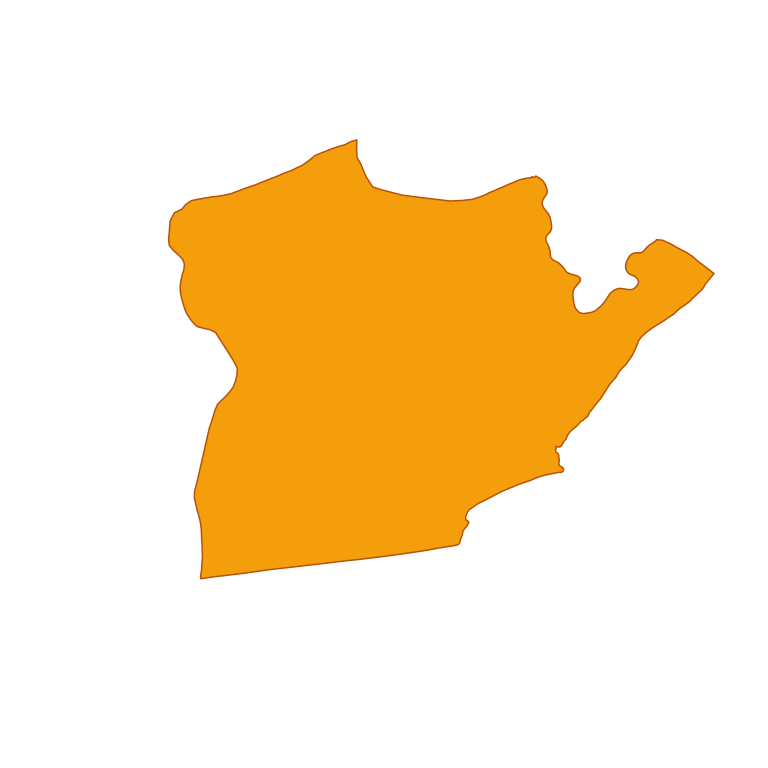 Panare, Pattani, Thailand (orthographic projection), rotated 113°
{"feature_id": "78962969B4451238967182", "entity_name": "Panare", "entity_type": "district", "adm_level": 2, "iso_a3": "THA", "parent_name": "Thailand", "parent_adm1": "Pattani", "projection": "orthographic", "projection_center": [101.496, 6.808], "detail": "fine", "context": "isolated", "style": "filled", "palette": "amber", "viewbox_px": 768, "rotation_deg": 113, "n_neighbors": 0, "source": "geoboundaries", "source_scale": "gbopen_adm2", "svg_char_len": 6087}
<svg xmlns="http://www.w3.org/2000/svg" viewBox="0 0 768 768"><g transform="rotate(113 384 384)"><path d="M308.2,643.8L317.4,644.6L329.4,640.6L334.5,639.0L340.1,636.0L343.4,630.2L345.2,624.4L347.8,618.3L351.5,614.6L354.2,613.8L356.9,612.9L362.9,612.4L368.5,611.2L373.8,609.8L379.6,607.0L384.7,603.4L390.3,598.9L394.7,594.9L398.1,590.6L401.6,584.8L404.1,578.7L403.3,572.2L402.1,566.1L402.3,559.3L418.4,535.9L421.8,531.2L426.7,525.3L432.5,523.1L438.4,521.9L445.6,521.6L451.2,522.9L456.9,524.8L462.3,527.1L467.6,529.3L473.2,529.3L478.6,528.9L485.9,528.0L493.0,527.5L500.6,526.2L512.6,524.0L519.6,522.8L525.3,521.7L531.9,520.6L538.7,519.3L545.7,518.1L550.9,517.3L557.3,516.3L563.2,513.9L568.5,510.1L572.9,507.0L576.8,503.6L582.6,499.3L589.1,495.4L595.6,492.4L602.3,489.1L607.7,486.5L613.7,483.8L619.0,481.9L624.8,479.8L631.4,478.0L634.8,476.8L634.1,475.4L630.9,470.1L626.8,463.3L622.4,455.4L619.2,449.9L614.9,442.3L605.7,426.8L600.3,417.9L596.2,410.9L593.3,405.6L583.5,388.3L576.6,376.2L572.7,369.2L565.3,356.4L560.5,348.0L556.1,339.9L549.5,328.5L545.7,321.8L539.8,311.8L534.3,302.5L524.2,285.9L519.4,278.2L513.2,268.9L506.9,258.7L503.8,254.0L502.4,252.8L500.6,252.2L499.1,252.4L498.1,252.8L497.0,252.9L495.2,252.8L492.9,252.9L491.4,253.2L488.6,253.8L486.8,253.5L485.0,253.1L482.6,252.3L480.2,251.9L478.2,251.9L477.7,252.4L477.3,253.4L477.3,254.0L476.9,255.3L475.7,256.6L474.5,256.8L469.1,257.2L467.3,256.5L466.4,256.4L457.3,250.7L449.5,243.9L444.3,239.7L439.3,235.6L435.5,232.3L424.1,221.1L414.4,210.4L409.7,205.9L404.8,200.1L400.1,193.0L399.8,192.6L397.2,188.9L396.1,186.5L395.1,185.5L394.4,185.2L392.9,185.1L392.1,185.5L391.5,186.1L391.2,187.2L390.8,187.6L390.8,188.4L390.7,189.3L390.5,190.5L390.2,190.9L389.7,191.5L388.2,192.3L387.7,192.4L387.0,192.4L386.5,192.5L385.8,192.7L385.5,193.0L385.1,193.4L384.8,193.6L384.3,193.7L383.9,193.8L383.5,194.2L383.2,194.7L382.9,194.8L382.3,194.8L381.9,194.9L381.3,195.3L380.6,196.1L380.3,196.6L380.1,197.0L379.8,197.3L379.7,197.8L379.7,198.4L379.6,199.1L379.3,199.4L378.8,199.6L378.4,199.9L377.9,200.2L377.3,200.3L376.0,200.4L375.7,200.7L375.7,200.9L374.1,201.1L374.1,200.9L374.0,200.0L373.9,198.8L373.4,197.7L372.4,196.9L370.9,196.4L369.9,196.2L368.2,196.2L365.6,195.6L364.3,195.2L363.2,194.9L362.2,195.0L359.9,195.0L357.7,194.7L355.9,194.2L353.3,193.3L347.0,190.0L344.2,189.0L341.6,188.3L339.9,186.7L336.8,185.5L334.3,183.9L329.9,183.7L326.3,182.7L322.0,181.6L318.2,180.6L313.7,179.1L308.8,178.2L303.7,177.4L295.7,176.0L295.4,175.9L287.0,173.1L283.8,172.8L281.0,172.4L276.1,170.9L271.1,168.8L266.1,167.8L260.9,166.7L255.2,166.4L248.7,166.3L244.8,166.6L240.4,165.6L233.2,162.3L227.2,158.7L221.6,154.8L216.3,151.0L211.8,148.3L206.9,144.8L203.5,143.4L202.2,142.7L199.9,141.8L195.1,138.8L190.7,136.1L187.7,134.5L183.3,132.9L173.3,128.4L169.8,127.5L167.3,127.4L165.9,127.1L164.0,126.5L156.2,124.2L153.4,123.4L150.7,133.6L149.4,138.7L147.9,144.5L146.0,150.0L144.7,157.3L143.9,167.9L143.1,174.2L142.8,183.7L144.7,189.6L145.3,189.6L145.6,189.6L145.8,189.7L146.4,190.0L147.2,190.5L153.0,194.3L155.6,195.5L159.1,196.6L160.1,197.0L160.9,197.3L161.5,197.8L162.1,198.2L162.6,198.8L163.2,199.6L165.0,203.6L165.3,204.3L166.5,205.7L167.4,206.5L168.5,207.2L169.9,207.8L171.3,208.1L173.9,208.4L177.1,208.5L179.8,208.1L181.5,207.5L182.1,207.3L182.8,206.8L184.0,205.9L185.0,204.8L185.9,203.6L186.8,201.3L186.9,200.5L187.0,196.3L187.0,195.4L187.1,194.7L187.3,193.8L188.6,191.4L189.4,190.5L190.1,189.9L190.6,189.7L191.3,189.5L192.2,189.3L192.7,189.2L194.3,189.5L196.0,190.0L197.7,190.7L198.6,191.2L199.4,191.9L199.9,192.5L200.4,193.2L201.6,196.1L203.4,203.1L204.0,204.6L205.3,206.5L206.0,207.3L207.6,208.7L208.4,209.3L209.8,210.1L211.5,210.9L212.8,211.3L214.0,211.6L217.4,212.2L221.8,213.0L223.0,213.3L227.5,214.9L228.7,215.4L232.6,217.3L232.8,217.4L234.1,218.3L236.2,220.2L237.0,221.1L237.6,222.0L240.3,226.2L240.6,226.9L241.3,228.4L241.7,229.7L241.8,230.4L241.8,231.4L241.7,232.9L241.5,233.4L241.2,234.1L240.9,234.6L240.1,236.1L239.5,237.1L238.8,238.1L238.0,238.9L236.9,239.7L236.7,239.8L235.9,240.5L230.8,243.6L227.8,245.1L226.2,245.6L224.3,246.1L223.4,246.1L222.1,246.2L221.4,246.2L220.4,245.9L213.6,243.8L213.4,243.7L212.5,243.7L211.4,243.9L210.7,244.2L210.4,244.4L209.9,245.0L209.5,245.7L209.2,246.6L209.0,248.0L209.1,249.5L209.9,255.9L209.8,258.6L209.7,259.0L209.4,260.0L208.5,261.6L206.3,265.2L206.1,265.7L204.8,269.0L204.4,270.1L204.2,271.2L203.9,276.2L203.6,277.2L203.1,278.5L202.9,279.0L202.6,279.5L202.2,279.9L202.0,280.1L201.4,280.6L197.7,282.6L196.8,283.1L195.9,283.7L194.9,284.5L193.2,286.0L190.6,288.9L189.0,290.7L187.9,291.6L187.6,291.7L187.2,291.9L186.8,292.0L186.3,292.1L185.8,292.1L184.8,292.1L183.3,292.0L182.6,291.9L182.1,291.8L181.7,291.6L179.4,290.5L179.0,290.5L178.7,290.4L177.9,290.4L176.9,290.4L176.0,290.5L175.3,290.6L174.6,290.8L172.8,291.6L171.0,292.7L169.9,293.4L168.0,294.6L166.5,295.7L165.8,296.2L165.2,296.7L164.6,297.4L162.9,299.6L162.4,300.3L162.4,300.5L160.7,303.7L159.8,305.2L158.5,307.0L158.1,307.4L157.3,308.1L156.9,308.4L155.5,309.1L155.2,309.2L154.2,309.5L153.7,309.6L153.1,309.6L152.0,309.6L151.0,309.5L150.3,309.4L147.0,308.8L145.6,308.6L144.9,308.5L144.3,308.6L143.5,308.8L142.8,309.1L142.3,309.3L141.9,309.6L141.3,310.0L137.7,313.1L136.8,314.3L135.7,315.9L134.9,317.3L134.4,318.5L133.9,320.5L133.2,325.4L134.0,325.5L134.4,325.6L134.5,325.7L134.6,325.8L134.7,326.1L135.0,326.8L135.4,328.6L135.5,328.8L135.8,328.9L136.0,328.7L137.5,330.8L140.1,335.1L143.3,339.2L147.1,342.9L151.1,346.9L156.1,351.6L161.4,356.7L161.8,356.8L166.1,361.2L171.4,365.8L176.0,370.7L179.7,375.2L184.7,384.1L186.3,387.6L189.7,394.6L194.3,410.4L196.2,416.8L203.0,440.9L206.4,463.6L207.0,471.5L199.9,481.8L190.1,491.8L186.3,497.1L185.7,497.6L177.2,501.5L170.0,504.4L174.1,509.5L179.0,513.5L183.0,518.4L186.4,522.4L191.3,527.4L195.2,531.4L200.5,536.7L208.0,540.6L214.8,544.8L219.0,548.7L224.0,553.0L229.6,559.0L233.5,562.6L239.3,568.6L251.1,580.4L258.2,588.4L262.5,592.8L268.4,599.0L273.1,605.5L276.6,611.2L279.1,615.8L283.4,622.5L287.1,628.1L290.5,633.0L296.2,636.6L302.1,638.4L308.2,643.8Z" fill="#f59e0b" stroke="#b45309" stroke-width="1.5"/></g></svg>